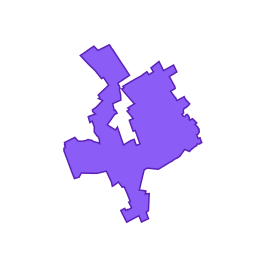 Tixpéhual, Yucatán, Mexico (Natural Earth projection), rotated 57°
{"feature_id": "50627088B94701207387922", "entity_name": "Tixpéhual", "entity_type": "district", "adm_level": 2, "iso_a3": "MEX", "parent_name": "Mexico", "parent_adm1": "Yucatán", "projection": "natural_earth1", "projection_center": [-89.468, 20.961], "detail": "fine", "context": "isolated", "style": "filled", "palette": "violet", "viewbox_px": 256, "rotation_deg": 57, "n_neighbors": 0, "source": "geoboundaries", "source_scale": "gbopen_adm2", "svg_char_len": 4202}
<svg xmlns="http://www.w3.org/2000/svg" viewBox="0 0 256 256"><g transform="rotate(57 128 128)"><path d="M168.3,172.9L168.5,171.9L168.1,165.5L174.6,165.1L175.0,163.2L181.1,164.1L190.9,166.1L190.6,167.8L195.2,168.2L196.9,168.5L196.8,170.4L196.6,172.7L196.1,172.7L195.9,174.8L193.6,174.5L193.2,179.0L198.8,179.6L206.3,180.4L206.7,175.7L207.2,169.7L207.6,166.6L214.2,167.9L215.2,160.2L208.4,158.6L208.5,156.0L206.7,154.6L195.6,146.7L194.6,145.9L192.7,149.1L192.7,149.3L190.8,147.4L190.1,148.3L189.8,148.0L186.2,152.3L181.1,147.0L175.7,141.3L171.8,137.1L172.1,135.8L171.9,135.3L172.1,133.9L172.9,132.7L174.7,130.5L174.8,130.4L179.1,125.0L179.2,122.8L179.5,111.8L179.8,108.8L179.6,108.3L179.6,105.1L180.0,102.5L179.9,101.5L179.8,101.2L179.9,99.9L177.0,92.5L176.9,92.2L181.2,89.2L180.9,88.3L180.8,88.2L180.6,86.9L180.4,86.3L180.2,86.0L180.5,85.3L180.0,83.5L180.0,83.1L180.1,82.2L180.0,81.6L180.2,80.1L179.7,79.5L179.0,78.9L179.3,78.6L180.3,76.7L180.4,75.6L180.4,75.3L180.3,74.9L180.3,74.0L179.7,74.0L178.6,73.8L178.4,73.7L178.2,73.6L177.5,73.5L177.3,73.4L176.5,73.3L176.0,73.1L175.5,72.9L174.9,75.0L174.2,74.6L173.5,74.6L173.4,74.6L171.5,74.2L171.1,74.2L171.3,72.8L170.2,70.5L169.4,69.9L168.9,69.8L168.5,69.7L167.5,69.0L167.2,69.1L166.9,69.4L165.6,69.0L161.4,69.8L161.2,67.6L155.3,68.8L155.2,70.3L155.3,70.7L155.0,71.4L155.0,72.1L154.2,71.9L153.6,71.7L153.2,71.1L151.6,70.8L151.4,70.8L150.9,70.6L150.0,70.8L148.7,71.1L148.6,72.2L148.7,72.4L149.2,73.2L149.2,74.3L148.3,75.1L145.8,75.3L145.9,74.5L145.6,73.1L144.7,72.8L144.4,72.6L143.6,72.1L142.8,71.6L142.4,70.8L142.3,69.0L142.4,67.6L142.2,66.9L142.2,66.6L142.2,66.1L142.0,65.4L142.0,65.1L141.3,63.1L136.3,64.0L134.9,64.2L132.3,63.8L132.2,65.6L131.9,68.7L131.6,72.1L128.7,71.6L128.7,71.8L120.4,72.3L120.6,67.0L118.9,66.2L107.3,65.3L107.6,56.5L100.0,55.5L99.4,64.6L99.2,66.9L89.1,65.8L90.1,76.0L94.7,76.0L94.7,78.2L94.7,81.4L91.1,81.5L91.2,84.2L91.2,86.7L91.5,87.3L91.5,88.2L90.8,97.6L90.4,105.5L90.3,109.7L90.8,109.7L92.2,109.4L92.1,111.7L92.1,111.9L92.0,112.0L97.6,111.4L101.9,110.8L111.1,109.5L111.2,109.4L111.1,114.7L111.1,117.2L111.5,116.9L111.9,116.8L112.2,116.8L112.6,116.9L113.0,116.8L113.2,116.7L113.4,116.8L113.5,117.1L113.4,117.8L113.3,118.0L113.3,119.1L113.3,119.6L118.0,119.0L123.0,118.5L122.2,122.7L133.5,125.5L134.0,123.3L147.9,126.6L147.1,130.5L140.8,129.0L140.4,131.1L140.0,132.5L139.8,141.0L121.5,136.4L122.8,139.6L114.1,143.7L109.4,132.1L109.4,131.8L109.7,129.1L106.0,128.9L105.8,130.0L99.2,127.5L100.7,118.8L96.1,116.1L95.9,116.0L92.0,114.6L91.2,114.3L90.8,114.0L90.5,113.6L90.2,113.3L89.7,112.9L88.0,112.4L87.5,112.3L85.3,112.3L85.2,112.3L85.0,112.2L84.9,112.1L84.8,109.2L84.8,106.4L84.8,105.9L84.7,103.2L84.7,100.7L84.7,98.0L82.6,98.0L80.1,98.0L78.5,98.0L77.4,98.0L76.3,98.0L74.8,98.0L73.5,98.0L72.1,98.1L70.7,98.1L69.4,98.1L68.6,98.1L67.0,98.1L65.4,98.1L62.8,98.1L60.5,98.1L58.2,98.1L55.9,98.1L53.5,98.1L53.4,98.2L53.4,98.3L51.4,98.3L49.3,98.4L49.4,98.2L48.1,98.2L47.9,99.4L46.6,110.9L40.8,112.1L40.8,113.3L40.8,114.1L40.9,118.8L40.9,119.0L41.1,121.4L41.2,124.8L41.2,126.3L41.2,127.0L41.2,128.5L48.2,127.3L54.7,126.0L56.1,125.7L61.8,124.3L72.2,123.3L72.3,121.0L81.6,120.9L81.8,122.2L82.0,123.6L82.2,124.5L82.3,124.9L82.4,125.4L82.7,127.4L82.9,128.3L83.1,129.5L83.3,130.7L83.5,131.0L83.5,131.5L83.5,131.8L83.7,132.3L83.7,132.9L84.1,135.0L84.3,134.9L84.7,134.9L85.4,135.0L87.3,135.2L87.3,136.7L89.9,135.0L91.2,134.3L92.0,138.2L92.5,140.0L93.2,143.0L93.5,147.7L93.4,147.8L94.9,148.7L98.6,147.7L97.6,151.4L96.8,155.2L100.7,156.4L102.7,157.0L102.7,154.3L108.6,155.6L112.0,157.8L112.9,158.5L117.8,158.3L118.6,157.8L121.3,158.1L121.5,158.1L125.6,160.2L124.4,160.8L121.9,163.1L120.9,164.1L119.9,164.5L119.0,164.8L115.9,167.8L115.6,170.0L114.3,173.2L111.9,177.0L106.9,177.7L106.8,179.1L106.5,181.1L106.3,183.5L105.6,189.2L107.3,189.4L107.2,190.1L108.6,190.4L108.5,190.7L110.4,191.2L110.1,192.8L110.8,193.2L111.6,193.7L112.3,194.2L114.0,194.5L114.3,194.6L116.8,195.2L119.4,195.7L120.3,195.9L121.6,196.2L132.7,198.7L132.8,198.7L132.9,198.8L141.2,200.5L142.6,195.8L140.3,191.7L142.9,188.0L144.3,185.8L145.1,184.8L148.0,180.4L149.0,178.9L152.4,169.7L160.3,170.8L164.1,171.3L168.3,172.9Z" fill="#8b5cf6" stroke="#5b21b6" stroke-width="1.5"/></g></svg>